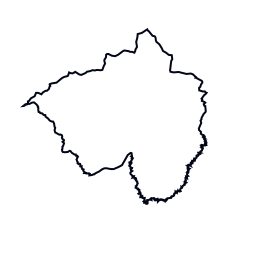 Chang Klang, Nakhon Si Thammarat, Thailand (Natural Earth projection), rotated 246°
{"feature_id": "78962969B43171444996165", "entity_name": "Chang Klang", "entity_type": "district", "adm_level": 2, "iso_a3": "THA", "parent_name": "Thailand", "parent_adm1": "Nakhon Si Thammarat", "projection": "natural_earth1", "projection_center": [99.584, 8.363], "detail": "fine", "context": "isolated", "style": "outline", "palette": "ink", "viewbox_px": 256, "rotation_deg": 246, "n_neighbors": 0, "source": "geoboundaries", "source_scale": "gbopen_adm2", "svg_char_len": 5759}
<svg xmlns="http://www.w3.org/2000/svg" viewBox="0 0 256 256"><g transform="rotate(246 128 128)"><path d="M210.3,185.7L209.2,179.2L209.9,175.1L206.8,173.3L203.3,170.5L198.4,169.2L196.7,166.8L195.3,165.8L194.2,164.4L195.7,163.0L196.8,160.8L197.9,159.9L200.3,156.2L200.3,154.8L198.9,148.6L198.9,145.4L200.6,142.7L203.5,140.3L204.1,139.0L203.9,137.9L201.5,136.6L199.9,134.2L199.0,133.7L196.1,133.2L194.5,131.1L191.5,128.2L191.9,126.5L193.7,123.2L194.0,121.3L195.2,119.2L195.5,115.8L196.1,113.6L195.5,111.6L195.5,106.9L196.7,105.3L200.8,102.6L200.4,100.6L200.5,99.5L201.6,97.7L202.7,96.8L200.6,94.9L200.0,94.0L200.6,90.6L200.5,88.2L198.5,81.2L199.7,76.6L199.9,74.4L199.5,74.0L198.0,74.1L197.3,72.7L195.9,71.8L195.0,69.1L195.5,67.7L195.1,64.7L194.0,62.6L196.7,60.2L197.5,58.3L195.0,55.7L194.6,51.3L193.0,48.7L193.0,47.4L191.3,46.8L191.0,46.3L191.4,44.0L190.7,41.3L190.5,41.9L190.9,44.1L190.5,46.0L190.6,47.0L190.1,47.7L190.2,50.8L189.6,52.6L186.7,54.0L184.3,54.6L183.9,54.1L182.9,54.3L180.9,53.3L179.0,52.9L178.4,53.8L177.3,53.9L176.2,55.6L174.3,56.2L173.4,57.7L172.0,57.3L169.0,58.9L166.6,59.5L165.0,60.9L164.3,62.2L162.2,62.3L159.0,61.4L157.8,61.6L156.0,60.1L153.6,59.7L149.9,62.5L149.4,63.8L148.2,64.7L146.8,64.4L146.1,63.7L144.7,63.6L143.5,64.5L142.7,64.5L142.4,64.3L142.0,62.6L140.1,63.4L137.9,61.3L137.6,60.5L135.7,59.7L135.2,58.9L133.4,58.5L132.5,58.8L131.6,60.3L130.6,63.3L130.9,65.4L130.3,66.1L128.2,66.6L125.4,68.4L125.0,69.5L123.9,69.2L123.2,70.4L122.1,70.6L121.8,69.6L121.0,69.3L120.2,68.2L117.7,68.0L117.2,68.2L116.5,67.6L115.2,68.1L115.3,68.8L114.6,69.7L113.9,69.6L112.5,68.8L111.9,70.1L111.4,69.6L110.4,69.5L109.6,69.8L109.1,69.5L108.2,70.5L107.8,69.9L106.8,69.8L105.4,70.4L104.7,69.6L104.0,71.5L103.4,71.4L102.6,73.7L102.1,73.6L101.6,74.4L100.4,73.5L99.6,76.4L99.8,77.7L99.4,78.3L99.9,80.1L100.0,83.9L100.8,87.6L100.8,89.8L100.2,91.6L97.3,95.9L96.3,98.3L96.2,103.3L96.5,107.4L103.4,116.8L104.2,120.2L103.6,121.0L101.1,120.3L100.8,119.4L100.1,120.0L99.4,119.5L98.8,120.1L98.2,120.0L98.0,119.6L98.1,118.8L97.5,118.8L96.6,117.4L95.4,117.2L96.0,116.1L96.0,115.5L94.5,116.2L94.4,115.0L93.6,115.4L92.9,113.8L91.7,114.5L90.8,114.2L89.8,115.5L89.5,115.2L89.7,113.8L88.2,113.6L87.0,114.4L86.6,112.6L86.1,111.9L85.1,111.6L83.0,112.4L81.8,112.3L81.5,112.7L81.9,113.1L81.7,113.6L80.8,112.3L80.7,113.6L79.3,113.4L79.1,114.0L79.5,114.2L79.2,114.6L78.3,114.1L78.2,114.7L77.8,114.7L76.9,114.0L76.1,114.1L75.4,114.7L74.5,114.2L73.5,114.4L72.9,113.5L72.3,113.3L71.7,111.5L71.0,111.7L70.3,110.7L68.6,112.0L69.3,112.9L67.9,112.0L67.3,113.0L66.7,113.3L66.0,112.4L64.5,112.9L63.8,110.8L63.3,111.1L63.6,111.8L63.3,112.9L61.6,112.5L59.8,111.1L59.6,111.5L59.9,113.4L59.5,113.3L59.1,112.4L58.8,112.4L57.9,113.2L57.3,114.8L55.7,113.7L55.2,113.9L54.6,112.4L54.0,112.9L53.4,112.5L53.2,114.0L52.1,113.3L51.2,114.0L51.0,114.8L51.3,115.4L53.0,116.0L53.3,115.5L54.4,116.2L53.8,117.3L53.8,118.9L52.8,120.0L54.3,120.1L54.4,121.0L53.8,121.6L53.5,123.2L52.2,123.9L52.3,123.2L51.9,123.6L51.4,123.0L50.9,123.2L50.5,124.2L50.8,124.6L51.4,124.5L51.3,126.3L50.9,126.3L50.3,125.6L49.7,126.0L48.7,125.5L49.2,126.7L50.1,127.4L49.4,127.2L49.1,127.6L49.2,128.1L49.7,128.1L49.5,129.0L49.0,129.1L49.0,129.7L48.5,129.8L48.4,130.4L47.9,130.4L47.8,131.3L47.2,131.3L47.2,131.8L45.7,132.1L45.9,132.8L46.7,133.3L46.3,133.5L46.7,134.5L47.4,134.4L47.8,135.2L46.6,139.1L46.8,139.3L46.9,138.9L47.8,139.6L47.9,140.4L47.4,141.1L47.5,142.6L48.5,142.8L49.1,143.4L49.0,144.0L49.4,144.2L49.2,145.4L49.4,144.9L50.6,145.5L49.5,146.0L50.3,146.6L50.3,147.4L49.7,147.3L50.6,148.2L49.9,148.3L49.7,149.3L48.9,149.5L48.9,149.8L49.2,149.9L49.0,150.4L50.4,150.5L51.5,151.8L51.4,152.8L52.5,153.0L51.9,153.5L52.8,154.4L53.1,156.6L53.6,156.3L54.3,157.3L54.4,158.9L55.3,158.2L55.2,158.9L56.3,158.6L56.7,159.6L57.2,159.5L58.8,160.1L58.4,160.8L59.4,161.1L58.3,161.6L60.0,162.1L59.8,163.3L60.7,162.9L62.1,163.2L62.6,164.6L62.9,164.4L62.8,163.7L63.3,164.5L63.7,164.1L63.9,164.7L63.5,165.3L64.4,166.1L65.1,166.1L65.4,166.8L65.6,165.7L66.5,165.9L66.5,167.2L67.7,166.4L68.1,166.7L67.9,167.1L68.5,167.7L68.5,167.1L69.3,166.8L69.1,167.3L69.7,167.6L69.8,168.3L68.4,169.5L68.9,169.4L69.4,170.2L69.2,170.6L69.8,170.7L69.6,171.9L70.5,171.7L70.2,172.7L71.1,172.6L71.3,173.3L71.6,172.8L72.0,173.2L71.0,174.5L71.8,175.1L71.1,175.9L71.9,176.5L72.7,175.6L73.1,175.9L72.4,176.6L73.0,177.0L72.8,177.7L73.1,178.7L74.6,179.3L74.1,180.5L74.4,180.7L74.7,180.2L74.9,180.8L74.5,182.2L74.9,181.6L74.9,182.6L75.7,182.0L76.3,182.1L75.6,182.8L76.0,183.0L75.7,184.3L76.4,183.7L76.3,184.1L77.1,184.5L77.3,186.4L78.6,187.3L78.7,188.0L79.1,188.1L79.7,187.6L79.8,188.1L80.2,188.0L80.7,188.6L81.0,187.8L81.3,188.5L81.5,187.7L82.5,187.5L82.6,188.6L81.2,190.1L80.6,191.5L80.6,192.4L81.6,191.9L81.9,192.3L81.5,192.9L82.0,193.2L82.0,192.7L82.5,192.6L82.4,191.8L83.0,192.3L83.0,192.9L83.7,192.9L83.6,193.7L84.5,193.6L84.8,193.2L85.1,193.8L85.3,193.4L86.2,193.4L86.3,192.3L86.7,193.5L87.8,193.2L87.6,194.0L88.0,193.8L88.6,194.3L88.8,193.3L89.4,192.8L90.1,193.9L90.0,194.3L90.8,194.2L91.8,192.9L93.2,192.2L94.9,193.1L97.0,192.1L98.7,192.5L102.9,197.0L105.3,197.3L105.9,198.5L107.3,199.3L110.1,202.9L111.0,205.2L111.8,205.9L116.6,207.5L117.1,206.8L119.0,206.9L119.7,208.9L120.6,208.5L122.7,206.5L124.0,207.5L124.8,207.1L127.1,211.0L127.4,212.6L128.2,214.1L128.9,213.4L130.2,213.0L130.9,211.2L133.4,208.4L135.8,209.3L136.2,210.8L138.0,212.3L139.2,214.4L140.3,214.7L141.2,214.5L145.2,211.3L146.4,211.0L146.5,210.1L147.3,210.5L150.7,209.1L152.2,207.5L153.6,203.4L158.6,197.0L160.2,192.4L162.1,189.7L163.6,189.9L170.9,194.3L171.8,194.9L172.8,196.4L176.7,197.6L178.2,195.0L181.3,193.4L184.1,191.3L187.3,191.3L191.7,190.7L195.2,189.0L196.8,189.1L199.2,189.9L200.8,189.8L202.3,187.9L207.9,186.4L209.1,185.7L210.3,185.7Z" fill="none" stroke="#020617" stroke-width="2"/></g></svg>